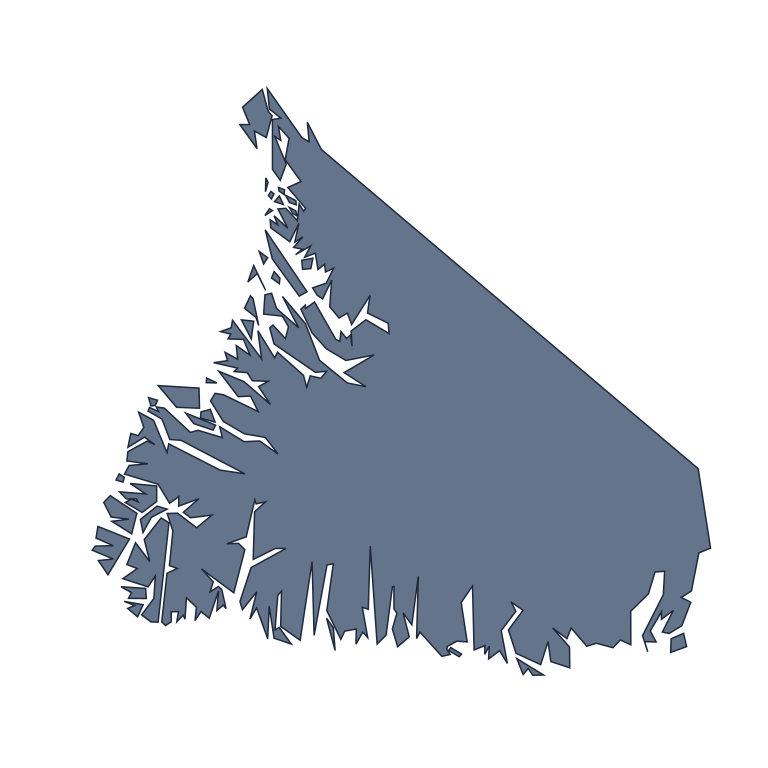 an SVG outline of Kommune Kujalleq, rotated 84°
{"feature_id": "GRL-2740", "entity_name": "Kommune Kujalleq", "entity_type": "state/province", "adm_level": 1, "iso_a3": "GRL", "parent_name": "Greenland", "parent_adm1": "", "projection": "orthographic", "projection_center": [-44.745, 61.276], "detail": "fine", "context": "isolated", "style": "filled", "palette": "slate", "viewbox_px": 768, "rotation_deg": 84, "n_neighbors": 0, "source": "natural_earth", "source_scale": "10m", "svg_char_len": 6193}
<svg xmlns="http://www.w3.org/2000/svg" viewBox="0 0 768 768"><g transform="rotate(84 384 384)"><path d="M581.4,76.4L584.9,88.5L622.0,99.9L627.3,110.6L633.2,101.7L655.5,113.1L661.9,126.5L659.8,133.1L639.4,119.9L647.0,132.7L639.6,131.9L657.5,145.0L669.0,140.3L667.5,151.7L677.9,149.7L661.3,153.2L622.7,128.2L599.6,124.5L599.3,134.1L620.4,143.0L635.8,162.4L669.2,165.8L663.3,175.7L670.2,183.8L664.0,200.0L666.0,209.7L646.2,223.4L656.4,228.7L644.2,241.8L665.0,227.0L685.7,228.9L677.5,247.1L657.3,247.8L679.5,257.5L665.6,280.8L641.7,286.0L623.6,269.4L614.0,280.4L623.8,276.6L641.5,293.2L674.8,290.5L661.3,296.9L668.4,308.7L655.8,306.7L663.4,312.1L654.6,311.0L658.0,322.2L594.1,317.1L609.4,330.1L649.2,328.2L647.4,338.3L651.5,348.3L654.6,349.3L659.9,346.3L660.9,354.9L634.4,374.2L640.6,378.2L579.0,370.0L626.4,381.5L613.6,388.9L638.1,385.3L646.7,397.9L628.4,401.3L613.3,395.1L608.6,397.6L586.5,395.3L586.5,396.8L634.0,408.2L641.9,418.0L543.8,414.6L606.4,423.2L603.8,428.9L634.6,426.7L628.5,431.0L639.8,439.1L624.8,437.2L625.7,448.9L633.4,453.6L603.4,464.6L557.5,453.2L558.0,459.6L626.7,479.8L553.2,474.1L630.1,494.2L614.3,512.1L579.4,507.6L583.0,511.7L617.2,518.1L615.2,513.6L632.9,503.4L625.3,519.9L593.0,521.4L625.2,526.3L593.4,534.1L603.7,541.9L577.4,532.3L593.7,548.4L585.3,550.0L552.7,535.4L537.3,498.7L536.2,509.3L544.8,532.4L497.6,526.1L488.8,514.2L489.9,523.7L485.8,524.6L521.6,537.0L526.5,557.0L527.3,545.4L534.3,539.7L576.0,555.2L548.8,584.8L562.8,574.5L572.6,578.7L568.1,569.9L571.5,566.8L590.9,564.6L587.1,567.0L591.8,573.9L572.4,570.1L598.7,582.3L591.1,589.7L599.5,596.7L586.4,593.9L575.9,602.8L597.1,606.5L593.0,607.9L598.8,614.9L588.9,612.2L588.3,619.4L598.3,620.5L601.4,626.6L597.3,629.9L549.6,619.6L545.8,608.8L542.2,616.4L508.1,609.3L490.1,613.2L490.9,602.8L507.4,585.4L496.4,568.8L496.8,590.4L490.6,597.0L478.7,580.0L484.0,601.0L474.5,599.8L480.2,609.7L460.1,619.1L446.5,651.5L438.4,646.0L438.7,627.1L433.7,647.8L424.6,645.8L416.0,625.5L420.3,618.3L411.8,627.7L420.2,645.3L406.7,641.0L409.7,633.9L402.1,627.4L386.3,631.0L395.9,617.0L429.5,607.0L421.0,604.3L452.5,556.0L458.8,531.8L418.8,591.7L416.8,602.8L395.6,608.5L386.3,621.5L382.8,619.7L387.9,611.1L383.0,612.8L385.0,605.1L411.9,581.6L410.6,573.8L420.4,550.4L409.3,551.9L426.7,529.2L427.7,513.5L442.6,496.7L424.7,507.6L419.0,527.9L404.5,547.7L382.6,558.3L375.6,552.9L378.0,544.6L398.3,512.0L382.0,518.0L381.4,530.3L354.0,547.0L366.9,523.1L392.4,499.1L373.5,509.0L369.2,499.0L367.0,514.6L358.4,518.8L356.0,531.6L352.9,528.0L345.0,551.2L344.4,537.1L335.9,538.8L344.0,527.0L330.3,526.9L341.3,514.3L324.9,519.1L322.9,534.4L318.4,531.2L314.8,541.0L312.1,530.1L304.8,528.0L346.2,503.1L317.8,503.9L346.4,490.1L341.3,486.5L366.9,463.2L379.2,461.2L368.2,456.5L371.7,446.1L365.3,439.8L365.3,450.9L332.6,489.2L316.3,491.8L313.8,488.3L328.5,477.3L317.1,473.0L305.9,478.0L301.9,496.4L282.9,493.1L282.0,486.3L297.7,483.0L319.2,463.0L286.3,475.8L315.8,455.8L353.7,445.6L379.1,420.4L384.8,402.2L368.5,422.5L354.1,390.7L356.6,419.4L342.9,437.7L325.5,450.3L300.9,458.9L297.3,454.0L300.7,454.1L295.2,444.5L334.4,427.4L337.0,423.5L327.4,421.3L334.8,416.5L331.7,412.1L343.2,411.8L327.9,411.1L318.2,395.3L334.3,373.7L324.0,373.5L311.7,393.0L294.5,388.7L321.5,410.0L309.7,413.0L313.6,421.8L301.5,429.9L275.2,425.2L293.0,436.1L288.8,441.1L280.9,445.0L277.7,430.9L263.6,422.0L266.5,430.5L258.6,430.5L263.2,437.7L246.7,438.6L249.7,449.7L239.0,442.5L246.1,458.4L241.4,451.1L238.7,459.6L229.1,449.4L233.7,458.0L215.3,451.8L232.7,462.8L216.8,480.3L208.8,480.0L214.6,473.0L205.2,475.7L219.0,463.4L198.8,471.2L199.0,463.3L212.5,453.1L196.0,449.6L203.8,445.8L201.1,443.6L178.5,459.1L173.9,445.4L150.5,458.8L129.7,452.7L116.9,462.1L130.8,461.2L126.4,466.8L155.0,458.2L170.6,465.9L158.9,472.5L109.3,467.3L108.8,458.8L98.5,469.2L77.9,469.2L130.4,439.9L135.4,433.1L115.7,432.9L144.3,421.7L501.1,80.4L581.4,76.4ZM499.6,612.4L597.2,633.5L596.3,640.6L588.3,649.2L573.2,635.3L551.1,631.5L561.1,639.9L550.3,664.1L541.7,648.7L536.7,658.6L515.9,647.7L536.1,635.5L513.6,638.7L493.9,619.6L499.6,612.4ZM511.6,653.3L544.9,678.5L529.7,686.5L529.8,671.5L518.8,691.6L515.0,688.1L516.5,670.1L507.2,686.5L495.7,683.4L511.6,653.3ZM118.9,486.4L136.6,485.7L110.9,500.3L112.0,490.5L93.9,495.7L78.3,474.3L100.9,470.6L105.5,467.2L126.6,475.3L118.9,486.4ZM247.9,482.0L218.3,486.0L284.2,450.9L287.7,459.1L247.9,482.0ZM388.8,570.0L385.5,592.7L362.0,608.7L368.7,568.4L388.8,570.0ZM471.3,652.4L463.6,658.2L468.4,632.5L456.4,646.9L461.6,620.7L477.2,622.4L486.4,638.0L474.8,653.7L472.0,647.4L475.5,640.9L472.4,642.3L471.3,652.4ZM506.7,650.6L492.1,669.1L491.8,651.9L487.8,669.2L472.5,675.1L466.4,667.9L486.8,643.3L506.7,650.6ZM252.6,501.2L278.5,491.9L260.9,498.5L268.3,508.7L252.6,501.2ZM572.5,642.8L570.5,660.5L565.1,656.9L558.1,666.8L562.4,642.4L572.5,642.8ZM663.3,112.1L676.8,110.5L680.9,127.0L667.4,125.1L663.3,112.1ZM493.2,640.4L481.7,622.4L485.8,612.8L492.2,629.2L506.6,639.2L493.2,640.4ZM621.2,459.8L643.9,460.5L611.0,465.6L621.2,459.8ZM690.1,255.7L689.2,266.5L682.0,270.3L687.5,276.0L671.0,280.6L690.1,255.7ZM305.3,519.1L307.9,507.0L325.3,511.3L305.3,519.1ZM312.7,502.5L304.4,504.4L294.1,514.8L282.3,507.6L285.4,505.3L312.7,502.5ZM392.2,584.3L407.3,555.8L412.0,558.8L403.5,577.3L392.2,584.3ZM398.7,570.1L392.6,568.9L391.0,559.4L404.3,556.0L398.7,570.1ZM589.8,653.4L580.4,662.4L578.2,655.1L573.0,665.2L578.3,646.6L589.8,653.4ZM251.4,441.6L261.6,444.7L261.5,453.0L252.4,452.9L251.4,441.6ZM273.3,477.6L266.9,484.8L260.7,481.5L267.9,476.4L273.3,477.6ZM239.1,494.3L246.3,486.5L252.1,491.2L239.1,494.3ZM191.2,473.8L186.0,468.4L194.9,465.4L191.2,473.8ZM166.6,480.0L171.4,478.3L180.4,481.8L166.6,480.0ZM372.9,619.6L376.5,610.9L381.5,613.9L381.4,618.1L372.9,619.6ZM445.7,656.7L449.8,652.0L454.3,653.8L451.5,660.6L445.7,656.7ZM653.1,345.1L660.8,335.1L663.1,337.7L655.7,347.6L653.1,345.1ZM365.5,550.0L364.1,560.6L359.5,559.8L365.5,550.0ZM186.0,462.2L192.5,452.4L196.6,452.6L193.7,459.0L186.0,462.2ZM199.9,476.8L204.0,484.8L197.7,479.6L199.9,476.8ZM185.2,463.5L181.1,468.2L177.5,468.3L180.5,462.6L185.2,463.5ZM180.6,476.3L183.4,473.5L188.2,476.6L184.4,479.3L180.6,476.3ZM198.4,459.8L202.6,453.6L207.7,453.0L204.8,456.9L198.4,459.8Z" fill="#64748b" stroke="#1e293b" stroke-width="1.5"/></g></svg>